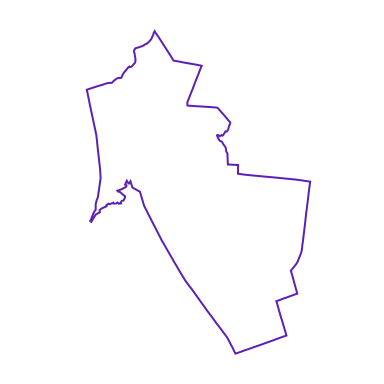 outline of Beuca, Teleorman, Romania, rotated 98°
{"feature_id": "2599482B48947816929504", "entity_name": "Beuca", "entity_type": "district", "adm_level": 2, "iso_a3": "ROU", "parent_name": "Romania", "parent_adm1": "Teleorman", "projection": "robinson", "projection_center": [24.967, 44.261], "detail": "fine", "context": "isolated", "style": "outline", "palette": "violet", "viewbox_px": 384, "rotation_deg": 98, "n_neighbors": 0, "source": "geoboundaries", "source_scale": "gbopen_adm2", "svg_char_len": 5855}
<svg xmlns="http://www.w3.org/2000/svg" viewBox="0 0 384 384"><g transform="rotate(98 192 192)"><path d="M105.4,310.4L113.1,307.6L120.9,304.9L148.5,294.8L152.3,293.8L161.2,291.6L182.6,286.1L191.2,284.4L210.5,284.5L213.5,285.3L214.2,285.3L217.3,285.7L223.0,284.9L224.5,285.8L227.0,286.7L231.6,287.7L234.9,288.7L235.6,287.6L227.7,284.2L224.8,280.4L222.8,281.0L220.9,279.2L218.0,274.6L217.1,275.0L215.2,273.1L215.6,271.7L213.6,268.7L214.4,268.2L213.9,265.4L212.8,264.4L213.8,262.8L213.2,260.7L212.3,261.2L210.6,260.3L209.9,258.6L206.6,257.5L205.6,257.7L202.0,263.4L201.8,265.5L201.1,266.1L199.8,263.4L197.5,259.8L195.9,257.9L194.5,257.8L194.0,259.3L190.0,258.1L191.8,256.7L192.4,255.6L189.9,254.4L195.8,251.7L199.0,243.6L212.3,237.5L223.8,229.5L244.3,215.1L248.5,211.8L264.8,199.1L268.2,196.3L269.6,195.3L272.2,193.2L273.7,192.0L275.4,190.6L277.0,189.4L278.6,188.0L279.9,187.0L280.6,186.3L282.6,184.4L284.4,182.6L285.7,181.4L287.4,179.5L289.2,177.8L291.5,175.6L295.2,172.1L297.0,170.3L299.1,168.4L300.6,167.0L301.9,165.7L304.2,163.5L307.7,160.2L308.9,159.0L310.4,157.5L313.6,154.2L313.8,154.1L314.1,153.8L315.5,152.5L316.2,151.8L317.0,151.0L318.1,150.0L319.2,148.9L320.1,147.9L320.7,147.3L321.9,146.1L322.5,145.5L323.4,144.6L324.7,143.3L325.3,142.7L325.7,142.3L326.6,141.5L327.0,141.1L328.3,139.7L329.0,139.0L329.9,138.2L330.6,137.5L331.1,137.0L332.1,136.2L332.7,135.8L333.5,135.2L335.0,134.1L336.2,133.3L337.2,132.6L338.1,132.0L338.7,131.5L339.9,130.6L340.9,129.9L342.6,128.8L343.9,128.0L345.2,127.0L346.0,126.5L343.6,121.7L341.5,117.9L340.0,114.8L338.3,111.5L336.6,108.3L334.5,104.1L331.9,99.2L327.4,90.6L325.8,87.7L322.9,82.2L321.0,78.5L318.9,79.4L317.8,79.9L316.9,80.3L315.7,80.9L314.9,81.3L313.6,81.8L311.7,82.7L310.1,83.5L308.4,84.2L306.7,85.0L305.2,85.7L303.6,86.5L302.9,86.8L301.1,87.6L299.9,88.1L298.6,88.7L297.4,89.3L296.0,89.9L295.3,90.1L293.0,91.2L292.4,91.4L291.8,91.7L290.6,92.2L289.6,92.7L288.4,93.3L287.8,92.2L287.4,91.3L286.8,90.1L286.2,89.1L285.3,87.4L284.5,86.1L283.9,84.7L283.3,83.6L282.2,81.6L281.7,80.7L280.9,79.1L279.8,77.1L279.5,76.6L278.0,73.6L273.2,75.7L268.1,77.9L263.2,80.0L261.4,80.8L257.6,82.5L257.0,82.7L256.5,83.0L256.2,83.2L254.6,82.2L248.9,78.8L246.6,77.8L238.9,75.9L237.1,75.5L233.9,75.1L232.9,75.2L231.5,75.2L228.3,75.4L227.6,75.3L226.9,75.3L226.0,75.3L223.9,75.3L222.2,75.4L219.9,75.4L217.8,75.5L214.7,75.5L211.6,75.6L208.9,75.6L205.6,75.7L202.7,75.8L199.3,75.9L196.5,76.0L194.4,76.0L191.2,76.0L188.4,76.1L185.8,76.1L182.6,76.2L180.3,76.2L176.8,76.3L173.8,76.4L172.0,76.4L169.8,76.4L167.3,76.4L165.3,76.4L165.2,87.3L165.3,92.3L166.1,111.5L166.9,127.9L167.3,136.9L167.5,142.1L167.5,149.0L158.9,150.1L159.3,155.2L159.5,157.8L159.8,160.3L152.8,161.6L148.7,162.3L147.9,163.1L147.4,163.5L147.1,163.7L146.5,164.0L145.7,164.1L144.6,164.4L143.7,164.7L143.1,165.0L142.3,165.7L141.1,166.9L140.5,167.5L139.9,168.0L139.2,168.5L138.4,169.0L138.1,169.4L137.8,170.0L137.7,170.3L137.6,170.9L137.5,171.3L137.1,171.9L136.4,172.5L135.9,173.0L135.3,173.5L134.5,174.0L133.6,174.5L132.6,175.1L132.3,175.0L132.1,174.9L132.0,174.6L131.9,174.4L132.0,174.1L132.1,173.7L132.3,173.4L132.3,173.0L132.4,172.7L132.6,172.5L132.9,172.2L132.2,171.4L131.5,170.6L131.8,170.2L131.8,169.9L131.9,169.6L131.8,169.3L131.6,169.2L131.0,168.9L129.7,168.3L128.1,167.6L127.4,167.3L127.5,167.1L127.5,166.7L127.4,166.3L127.3,166.1L126.9,165.7L126.4,165.4L125.9,165.2L125.3,165.0L124.6,164.8L123.9,164.7L123.2,164.7L122.0,164.5L121.3,164.4L120.5,164.2L119.4,163.8L118.8,163.7L118.5,163.7L118.3,163.7L118.1,163.7L117.7,164.0L117.2,164.3L117.0,164.6L116.8,165.0L115.1,166.9L111.9,170.4L110.8,171.7L108.6,174.3L107.0,176.1L105.7,177.6L105.5,177.9L105.0,178.6L105.0,180.0L105.1,181.6L105.2,183.7L105.4,186.6L105.6,189.1L105.9,193.0L106.1,195.6L106.6,201.6L107.0,208.0L106.9,208.6L105.3,208.9L104.1,209.0L103.4,209.0L100.9,208.4L98.9,207.9L93.7,206.7L90.7,205.9L85.4,204.7L83.1,204.2L81.0,203.7L78.9,203.2L75.7,202.4L73.6,201.9L69.6,201.0L67.7,200.5L65.7,200.0L65.6,201.0L65.4,203.5L65.2,209.7L65.1,212.1L65.0,216.7L64.8,220.5L64.6,223.7L64.5,226.8L64.4,228.7L62.5,230.2L61.1,231.3L58.6,233.4L55.4,236.2L54.7,236.8L53.7,237.6L52.8,238.4L51.2,239.8L49.8,241.0L49.2,241.5L48.7,241.9L48.1,242.5L47.4,243.0L45.7,244.5L45.2,245.0L44.3,245.8L43.7,246.3L43.2,246.7L42.0,247.8L41.8,248.0L41.1,248.6L40.3,249.4L39.9,249.8L39.3,250.3L38.6,250.9L38.4,251.1L38.0,251.3L38.6,251.6L38.9,251.8L39.3,251.9L39.7,252.0L40.1,252.1L40.6,252.2L41.1,252.2L42.0,252.3L42.4,252.4L42.6,252.5L42.8,252.7L43.1,252.8L43.5,252.9L44.4,253.1L45.2,253.3L45.8,253.5L46.5,253.8L47.2,254.2L47.8,254.6L48.5,255.0L49.1,255.5L49.8,256.0L50.7,256.8L50.9,256.9L51.2,257.1L51.5,257.4L51.7,257.8L52.1,258.6L52.5,259.1L52.9,259.6L53.2,259.9L53.7,260.3L54.0,260.8L54.5,261.7L55.2,263.0L55.9,264.3L56.3,265.2L56.8,266.3L57.2,267.4L57.4,267.7L57.6,268.0L57.8,268.2L58.0,268.3L58.5,268.4L58.9,268.6L59.5,269.0L60.1,269.1L60.5,269.1L61.3,268.9L61.6,268.8L62.2,268.4L62.6,268.2L63.2,268.1L64.0,267.8L65.4,267.4L65.8,267.3L66.0,267.3L66.4,267.0L66.8,266.9L67.8,266.5L68.2,266.5L68.7,266.5L69.2,266.4L70.0,266.3L70.5,266.2L70.8,266.2L71.2,266.3L72.0,266.5L72.7,266.9L73.3,267.3L73.8,267.7L74.5,268.0L75.1,268.4L75.6,268.8L76.1,269.2L76.4,269.5L76.7,270.1L76.9,270.7L77.0,271.0L76.9,271.2L76.8,271.5L76.6,271.6L76.9,272.0L77.3,272.4L77.8,272.7L78.4,273.0L79.1,273.5L79.7,273.7L80.7,274.3L81.5,274.9L82.1,275.4L82.9,275.8L83.8,276.3L84.6,276.6L85.8,277.1L86.5,277.4L87.4,277.5L88.1,277.7L88.5,277.8L88.7,278.0L88.9,278.3L89.1,279.0L89.3,279.8L89.4,280.6L89.4,280.9L89.6,281.3L90.0,282.1L90.3,282.5L91.2,283.3L91.9,284.1L92.8,284.9L93.6,285.5L94.7,286.3L94.9,286.4L95.1,286.6L95.1,286.9L95.2,287.5L95.4,288.8L95.6,289.6L95.8,290.3L96.0,291.0L96.4,291.9L97.1,293.3L98.5,296.0L99.7,298.8L100.4,300.3L101.8,303.2L102.4,304.4L103.0,305.7L103.5,306.6L103.9,307.5L105.4,310.4Z" fill="none" stroke="#5b21b6" stroke-width="2"/></g></svg>